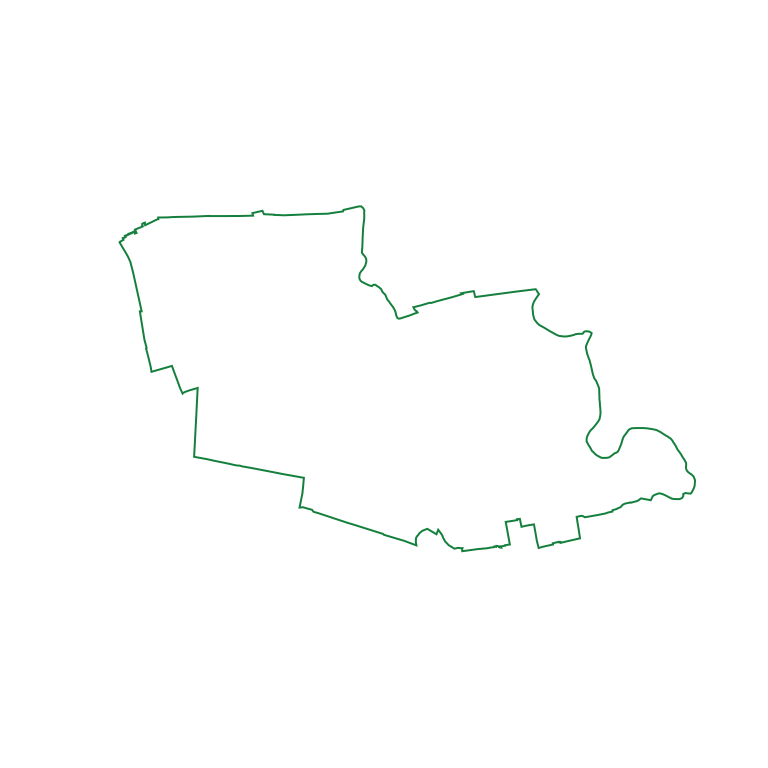 outline of Magurele, Ilfov, Romania, rotated 231°
{"feature_id": "2599482B86317878562303", "entity_name": "Magurele", "entity_type": "district", "adm_level": 2, "iso_a3": "ROU", "parent_name": "Romania", "parent_adm1": "Ilfov", "projection": "orthographic", "projection_center": [26.004, 44.349], "detail": "fine", "context": "isolated", "style": "outline", "palette": "green", "viewbox_px": 768, "rotation_deg": 231, "n_neighbors": 0, "source": "geoboundaries", "source_scale": "gbopen_adm2", "svg_char_len": 6154}
<svg xmlns="http://www.w3.org/2000/svg" viewBox="0 0 768 768"><g transform="rotate(231 384 384)"><path d="M537.2,477.9L536.6,477.8L537.8,476.3L544.8,462.0L543.9,460.8L548.9,452.4L551.8,447.4L555.4,442.7L557.8,439.6L564.1,431.3L571.6,421.1L578.1,412.4L584.7,404.9L584.9,405.0L591.5,397.6L595.1,398.5L599.6,389.3L597.2,388.2L606.9,375.6L607.1,375.5L616.1,364.2L624.5,353.9L624.6,354.0L633.9,341.4L646.4,325.3L649.8,320.5L655.5,313.3L654.1,312.3L654.6,311.6L657.7,298.3L658.1,298.5L659.9,299.7L660.7,297.1L660.6,296.9L659.4,296.3L659.5,295.9L658.3,295.6L659.0,293.1L659.4,292.1L660.7,287.7L657.1,286.7L657.7,285.0L659.9,285.5L660.4,283.1L659.9,283.0L660.5,281.2L661.0,281.4L661.5,279.9L660.8,279.7L661.3,277.7L661.6,277.8L662.2,276.0L660.8,275.6L661.4,273.1L661.7,273.2L661.8,272.8L660.0,272.3L660.7,268.2L660.2,268.0L660.2,267.6L645.2,265.4L643.0,264.9L639.2,263.9L638.0,263.5L628.4,259.1L593.0,241.4L594.1,240.0L569.4,225.8L561.4,222.2L561.4,221.5L554.1,218.2L544.2,213.5L539.8,211.0L531.5,230.6L526.4,228.8L512.4,224.1L510.6,223.4L507.5,222.5L504.2,221.7L503.3,221.4L503.3,221.6L503.4,222.3L503.1,224.2L502.6,225.7L501.7,228.3L500.1,232.1L498.2,236.7L477.1,217.8L446.9,190.6L436.8,199.3L430.5,204.3L421.7,211.6L417.1,215.3L416.9,215.4L413.7,218.0L412.0,219.7L411.5,220.4L409.0,222.1L405.3,225.4L401.0,229.1L396.0,233.3L383.9,243.5L378.5,248.0L361.5,262.7L354.7,256.1L350.1,251.5L347.1,247.8L341.1,240.6L339.6,242.9L339.4,243.3L331.5,248.9L329.1,248.8L324.3,252.1L298.6,268.6L294.7,271.3L267.8,289.1L266.9,289.0L249.4,301.0L238.2,307.6L239.8,308.5L241.3,309.4L243.9,311.7L244.3,312.3L244.6,313.0L244.9,313.9L245.0,315.1L245.4,316.4L245.7,317.4L245.7,318.0L245.8,318.9L245.8,321.1L245.3,323.0L244.2,326.5L234.2,330.2L236.6,334.4L233.4,334.3L230.2,334.1L226.8,333.1L223.0,332.4L220.1,332.7L218.6,332.8L217.5,333.0L216.4,333.4L214.6,334.1L212.1,334.9L211.6,335.3L210.4,337.8L209.6,339.0L208.1,340.3L207.1,341.7L206.1,340.5L205.5,340.0L204.8,339.6L196.0,354.1L195.6,354.5L193.9,357.2L192.0,359.9L190.8,362.0L189.4,364.6L188.1,366.7L187.8,367.3L187.8,367.5L188.1,367.7L186.9,368.7L187.5,369.4L185.2,371.5L184.7,370.8L184.2,371.1L182.9,372.2L184.1,372.9L182.1,376.4L182.5,376.6L182.1,377.3L180.1,380.8L189.6,386.0L200.2,391.8L194.4,401.8L195.2,402.2L194.1,404.1L193.7,404.7L186.5,401.0L185.1,403.9L182.8,408.3L182.7,408.4L180.5,412.2L169.3,406.0L166.7,404.5L163.8,403.1L159.2,401.0L157.6,404.9L156.4,407.4L152.9,414.3L154.0,414.9L151.5,420.2L151.3,420.0L150.1,421.9L149.9,421.8L149.4,421.3L147.3,425.7L147.2,426.0L140.7,439.2L148.0,443.5L155.4,447.7L159.5,450.1L157.4,454.4L156.2,455.4L154.0,456.3L147.7,467.6L143.8,475.1L143.6,476.1L143.0,477.5L141.1,481.3L142.1,482.1L140.4,486.3L140.5,486.5L139.4,490.4L139.6,491.6L139.9,492.8L139.7,494.8L139.3,496.2L136.8,501.1L136.4,501.1L133.6,507.4L133.4,509.0L133.5,509.2L133.3,511.8L125.8,518.2L127.0,520.8L127.7,522.2L127.6,523.3L127.7,523.8L127.1,525.8L125.9,529.1L124.9,529.9L123.0,531.3L120.2,532.7L116.5,534.3L113.8,535.5L112.5,536.6L111.2,538.0L110.3,539.2L108.9,540.7L108.3,542.0L107.8,544.2L108.8,546.3L110.2,547.3L109.6,549.6L107.2,551.9L105.8,553.4L106.0,554.7L107.9,559.0L109.2,561.1L110.5,562.4L112.2,564.0L113.5,565.2L117.4,566.4L120.0,566.1L122.1,565.4L124.4,564.9L126.2,564.9L128.4,565.6L129.7,566.7L130.6,567.6L132.5,569.1L134.3,569.4L135.4,569.7L137.5,569.9L139.8,570.1L142.3,570.6L145.9,570.8L148.6,570.9L150.8,571.4L152.3,571.8L153.3,571.8L155.1,572.1L156.2,572.1L158.4,572.5L161.3,572.4L163.0,571.8L164.5,571.5L165.7,570.9L167.5,570.3L169.8,569.5L172.5,568.7L176.9,566.7L180.2,564.0L183.4,561.1L185.3,559.2L186.8,557.5L188.5,555.4L190.0,553.6L191.6,551.6L193.7,548.6L194.1,547.2L194.4,545.3L193.0,540.4L192.4,537.5L190.8,534.5L188.2,530.8L184.9,524.8L184.2,522.8L184.4,521.6L185.1,519.0L185.0,517.7L185.2,513.1L186.2,511.0L187.5,509.2L189.6,506.7L192.1,505.5L194.9,504.4L197.2,504.0L199.5,503.8L200.5,503.7L201.2,503.5L203.2,503.9L205.8,504.4L207.4,504.5L208.8,504.7L210.4,505.1L211.7,505.2L213.6,506.8L214.7,507.8L215.6,509.4L217.2,512.8L217.7,514.5L218.1,516.2L218.1,517.8L218.8,521.5L219.5,524.5L220.2,527.1L221.2,529.6L223.2,532.0L225.6,534.4L227.4,535.6L228.7,536.6L232.1,538.8L233.5,539.9L236.4,541.7L237.8,542.8L239.0,543.8L242.2,546.1L243.1,546.9L244.2,547.6L245.3,548.5L248.7,549.6L250.6,550.1L251.4,550.3L252.3,550.7L253.4,550.9L255.1,550.9L256.5,551.1L257.9,551.7L260.0,552.4L261.4,553.1L263.0,553.9L269.5,557.1L271.3,557.8L272.9,558.7L274.3,559.0L275.5,559.4L276.9,560.0L278.2,560.4L279.3,560.8L280.5,561.3L282.1,562.2L284.6,563.4L286.2,564.7L288.0,567.9L289.9,571.8L291.6,575.7L292.9,577.4L295.5,576.6L297.7,574.4L298.3,573.5L298.6,572.2L298.5,571.3L298.2,570.9L298.1,570.2L298.1,569.9L300.7,566.6L302.1,564.3L302.7,562.4L303.8,559.9L305.2,557.3L305.8,556.2L307.9,553.5L310.3,551.2L311.4,550.2L313.9,548.9L317.6,547.4L321.6,545.8L326.2,544.2L328.5,543.3L331.7,542.0L332.9,541.7L335.0,541.4L339.5,541.5L340.5,541.9L342.5,542.8L344.7,543.9L346.4,545.1L350.1,547.5L350.7,548.1L351.4,548.9L352.8,550.9L353.6,552.4L354.8,555.8L356.0,559.9L356.2,561.0L356.4,561.0L361.2,561.5L362.2,561.5L362.3,561.4L372.5,545.1L394.1,509.7L395.1,510.0L396.8,510.9L399.1,511.9L399.6,512.2L399.9,511.8L401.7,508.7L405.8,501.3L404.5,501.6L408.8,491.1L409.7,489.2L409.8,488.9L413.0,481.8L415.2,476.8L417.3,471.6L418.3,470.8L422.0,461.9L423.5,458.8L424.6,456.2L425.2,455.2L422.6,454.6L421.1,454.7L419.9,455.2L418.4,455.1L419.5,452.1L421.3,446.5L422.6,443.3L424.9,437.4L425.5,436.6L426.1,436.3L426.8,436.0L427.4,436.1L428.7,436.4L429.8,436.8L431.6,437.7L432.6,438.2L433.6,438.5L434.9,438.9L438.5,439.5L440.9,439.5L442.7,439.6L444.8,439.8L446.9,439.7L448.3,439.9L449.6,440.3L451.5,440.9L453.1,441.2L454.5,440.9L456.9,440.8L459.5,441.5L461.0,441.2L462.5,441.0L463.9,440.4L466.5,439.8L467.8,438.1L467.7,436.2L470.0,434.5L474.2,432.5L477.6,431.0L479.1,430.8L480.3,431.0L481.3,431.2L482.8,432.2L484.1,433.5L485.1,434.7L486.0,437.3L486.3,439.5L486.9,441.4L487.9,444.1L490.3,447.4L492.6,449.0L495.2,449.4L499.4,449.3L500.4,449.8L503.7,453.0L507.2,456.1L511.4,459.7L518.5,466.1L523.1,470.8L524.7,472.5L527.5,474.8L529.6,476.4L531.3,478.0L533.7,478.5L537.2,477.9Z" fill="none" stroke="#15803d" stroke-width="2"/></g></svg>